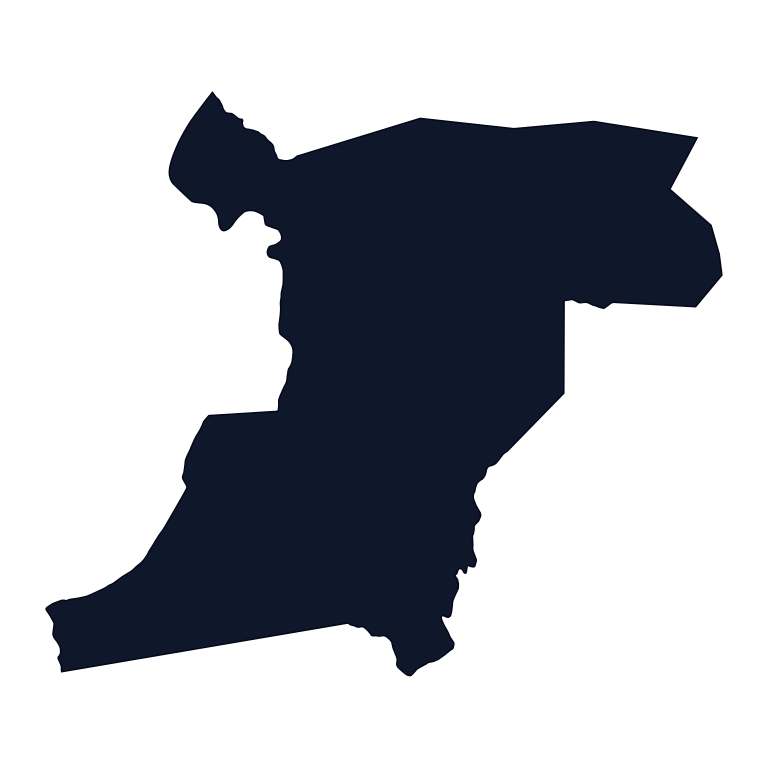 the district of Ojos de Agua, Comayagua, Honduras
{"feature_id": "27666195B51970998087864", "entity_name": "Ojos de Agua", "entity_type": "district", "adm_level": 2, "iso_a3": "HND", "parent_name": "Honduras", "parent_adm1": "Comayagua", "projection": "natural_earth1", "projection_center": [-87.676, 14.8], "detail": "fine", "context": "isolated", "style": "filled", "palette": "ink", "viewbox_px": 768, "rotation_deg": 0, "n_neighbors": 0, "source": "geoboundaries", "source_scale": "gbopen_adm2", "svg_char_len": 6086}
<svg xmlns="http://www.w3.org/2000/svg" viewBox="0 0 768 768"><path d="M697.1,137.9L593.9,121.5L513.9,128.7L420.2,118.4L297.1,156.2L294.4,158.4L292.8,159.4L291.5,159.8L288.0,160.7L285.8,160.8L284.0,160.7L280.4,160.0L278.6,159.6L277.5,158.6L276.8,157.4L276.6,156.1L276.2,155.2L274.2,151.2L273.7,147.8L273.3,146.2L272.5,144.7L270.9,142.9L268.2,140.7L266.2,138.6L265.4,137.3L264.3,136.1L263.3,135.4L260.3,133.9L258.9,132.6L257.5,131.7L255.9,131.3L253.2,130.3L248.5,129.3L247.2,129.2L245.8,128.9L244.2,127.9L243.0,126.7L242.5,124.5L242.3,123.1L242.3,122.2L242.7,120.3L242.0,119.3L240.3,119.3L238.0,118.4L235.1,115.9L232.6,114.1L231.2,113.5L229.8,113.5L226.5,113.0L225.2,112.1L223.6,109.7L222.9,108.3L222.6,107.3L222.0,105.6L219.5,100.8L218.6,99.5L216.9,98.1L215.9,97.1L212.4,92.4L205.0,101.9L195.7,114.3L190.5,121.5L187.5,126.3L184.2,131.9L181.4,137.0L178.9,141.9L175.8,148.8L173.6,154.4L172.1,158.5L170.4,164.5L169.6,168.4L169.3,171.9L169.4,174.7L170.1,177.8L170.6,179.4L171.5,181.3L172.3,182.6L173.3,183.8L184.0,194.1L191.3,200.9L192.6,201.6L195.4,202.3L203.1,203.1L206.0,203.7L207.8,204.4L209.6,205.3L211.2,206.4L212.8,207.8L214.0,209.2L215.4,211.0L216.4,212.6L217.2,214.0L218.0,216.4L218.6,219.0L218.8,220.4L218.9,223.6L219.5,226.1L220.1,227.6L220.7,228.7L221.6,229.8L222.6,230.4L223.9,230.7L225.5,230.3L227.5,229.4L229.4,228.1L231.5,225.9L232.9,224.1L234.6,221.4L238.3,217.1L241.4,214.1L244.0,211.9L245.1,211.3L247.2,210.8L249.2,210.5L251.6,210.5L253.7,210.7L255.8,211.3L260.0,213.2L263.6,215.3L264.0,215.9L265.3,223.7L265.7,224.5L266.8,225.3L267.9,225.8L277.5,229.2L278.5,229.9L279.7,231.5L280.9,233.7L281.6,236.1L281.7,237.3L281.7,238.7L281.5,239.5L281.2,240.3L280.5,241.2L279.3,242.3L275.9,244.5L274.8,244.9L271.1,245.9L269.3,246.7L268.4,248.3L267.7,250.1L267.4,251.4L267.4,253.2L267.6,254.2L268.1,255.3L268.8,256.3L269.6,257.0L271.3,257.7L273.5,258.1L277.9,259.6L279.0,260.1L279.8,260.8L280.3,261.5L281.4,263.8L282.4,266.5L283.0,268.8L283.3,270.4L283.4,273.4L283.4,278.9L283.3,282.6L282.9,285.8L281.4,292.7L281.3,294.6L281.2,297.7L280.5,301.7L280.5,304.0L280.7,307.6L280.7,310.3L280.3,315.5L279.1,324.6L279.3,329.6L279.8,333.1L280.3,334.1L282.6,336.1L286.5,339.0L288.8,341.1L289.7,342.1L290.6,343.5L291.6,345.2L292.3,346.7L292.7,348.1L293.0,349.7L293.1,351.3L293.1,353.1L292.7,357.8L292.3,360.6L291.9,362.5L291.5,363.7L290.3,366.4L288.8,368.7L288.3,369.9L287.4,375.5L287.0,380.0L286.4,382.4L285.4,384.6L283.6,388.0L282.6,390.3L280.1,396.1L278.9,399.5L278.7,401.2L278.8,404.4L278.7,406.8L278.5,408.7L277.9,411.3L208.9,415.6L207.0,417.6L204.1,421.1L203.5,422.0L202.4,425.0L200.1,429.8L199.0,431.7L196.5,435.7L194.3,439.9L189.7,450.7L187.0,456.2L185.7,459.7L185.3,461.5L185.0,465.1L184.0,472.4L183.0,475.3L182.6,477.6L182.8,478.6L183.5,480.0L184.6,482.1L186.1,484.5L186.6,485.6L187.0,487.1L186.9,487.7L186.6,488.6L184.6,492.4L181.2,498.5L164.3,527.8L163.3,529.3L159.3,534.9L156.0,540.0L152.7,545.6L149.4,550.7L147.5,554.5L145.8,557.0L144.2,559.4L142.1,561.8L139.4,564.2L136.6,566.4L134.0,569.0L131.5,571.1L122.7,576.5L113.5,583.2L111.4,584.4L109.4,585.2L106.4,587.2L103.3,588.9L90.2,594.9L87.1,596.2L85.5,596.7L77.9,598.3L69.7,599.5L68.3,600.0L66.2,600.8L64.7,600.4L63.4,600.3L62.2,600.3L61.0,600.6L56.3,602.3L52.5,603.8L48.0,606.8L47.0,607.5L46.3,608.3L46.1,609.1L46.5,610.2L50.3,615.9L54.0,622.7L54.1,623.3L54.1,624.8L53.0,633.5L53.1,634.8L53.6,636.4L54.6,638.4L56.7,641.0L58.7,644.2L59.7,646.1L60.4,648.3L60.7,651.1L60.5,653.4L59.6,655.6L58.4,656.9L58.2,657.5L58.1,658.2L58.5,659.3L60.6,664.0L61.3,665.9L61.5,667.8L61.4,670.2L61.7,671.7L348.0,623.0L349.5,624.1L350.3,624.6L352.4,625.3L354.3,625.6L356.0,626.5L357.3,626.9L358.9,627.1L360.6,626.7L361.5,626.6L362.8,626.8L363.7,627.0L365.3,628.2L368.6,631.3L369.1,632.1L370.4,633.4L371.3,635.1L372.1,635.6L373.5,635.8L375.3,635.6L379.9,636.1L382.2,635.6L384.0,635.7L385.0,635.9L386.0,636.3L387.8,637.6L390.4,640.1L391.4,641.4L391.8,642.1L392.5,645.5L393.2,648.3L396.4,656.4L397.1,658.5L397.3,660.1L396.9,662.4L396.8,664.2L397.0,665.3L397.4,666.3L398.0,667.2L399.5,668.8L403.4,672.2L406.4,674.5L407.4,675.0L408.5,675.4L409.8,675.6L411.0,675.4L413.2,673.3L416.2,669.9L417.3,668.9L419.1,667.7L426.1,663.9L427.5,662.8L429.4,662.1L431.9,661.7L433.5,661.3L435.8,660.4L438.0,659.4L444.2,655.1L448.9,651.3L451.0,649.7L450.9,649.2L451.1,648.9L451.4,648.8L452.0,649.0L452.4,648.9L452.7,648.6L453.1,647.6L453.7,645.3L453.9,643.9L453.8,642.9L449.9,636.9L448.5,633.4L446.6,629.7L444.8,626.7L443.3,623.6L442.4,621.7L441.6,619.4L441.2,617.9L441.2,616.9L441.4,616.4L441.8,615.9L442.2,615.7L442.8,615.6L444.1,615.9L447.2,617.2L448.4,617.2L449.3,616.8L449.9,616.3L450.4,615.6L450.9,614.4L451.3,612.5L451.8,609.6L452.2,606.0L452.5,602.5L452.8,600.9L453.4,599.1L454.6,596.2L457.7,589.5L458.2,588.2L458.3,587.2L458.4,583.7L457.4,579.3L456.5,578.2L455.4,576.3L455.0,575.2L455.1,574.6L455.3,574.4L456.2,574.2L456.6,573.8L457.0,573.0L457.5,571.1L458.1,570.0L458.8,568.9L459.6,568.4L460.8,568.6L462.0,569.3L462.7,570.1L463.4,571.6L464.2,572.7L465.0,573.2L465.6,573.1L466.1,572.6L466.3,571.9L467.1,566.4L467.3,565.6L467.7,565.4L468.3,565.4L469.7,566.2L470.6,566.3L472.4,566.8L473.9,566.8L474.4,566.5L474.7,566.2L475.7,562.9L476.3,560.5L476.2,559.6L475.3,557.1L473.1,551.3L472.7,549.3L472.6,547.8L472.8,545.5L472.4,535.8L472.5,535.4L473.3,534.0L473.6,532.4L474.1,529.2L474.0,527.1L474.3,525.9L475.2,524.4L478.6,520.9L480.4,516.6L480.7,515.4L480.5,514.1L480.1,512.7L476.0,505.5L473.7,499.6L473.3,497.9L473.2,496.1L473.4,494.4L473.7,493.5L474.7,491.5L475.4,487.8L476.4,484.6L477.2,483.1L478.5,481.6L480.8,479.8L482.5,478.9L483.8,477.2L484.7,475.7L485.4,474.2L485.9,472.3L486.3,470.2L486.7,468.9L487.1,468.0L487.7,467.2L488.5,466.5L489.4,466.0L492.1,465.3L494.0,464.5L495.0,463.9L496.0,463.1L498.5,460.2L503.0,454.2L504.8,452.7L507.0,451.4L563.8,393.2L564.1,300.6L572.3,299.4L575.5,300.8L577.6,302.0L579.3,302.7L580.9,302.7L585.5,302.2L587.9,302.6L592.8,305.0L596.1,305.9L599.4,307.3L603.8,308.3L605.7,307.1L611.5,302.7L613.7,302.3L695.6,306.7L721.9,275.1L719.2,254.0L711.1,225.4L669.8,189.3L697.1,137.9Z" fill="#0f172a" stroke="#020617" stroke-width="1.5"/></svg>